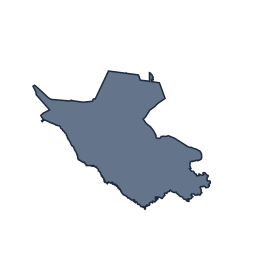 Smiltene, Smiltenes, Latvia (Natural Earth projection), rotated 40°
{"feature_id": "27541924B48400059741255", "entity_name": "Smiltene", "entity_type": "district", "adm_level": 2, "iso_a3": "LVA", "parent_name": "Latvia", "parent_adm1": "Smiltenes", "projection": "natural_earth1", "projection_center": [25.912, 57.423], "detail": "fine", "context": "isolated", "style": "filled", "palette": "slate", "viewbox_px": 256, "rotation_deg": 40, "n_neighbors": 0, "source": "geoboundaries", "source_scale": "gbopen_adm2", "svg_char_len": 6010}
<svg xmlns="http://www.w3.org/2000/svg" viewBox="0 0 256 256"><g transform="rotate(40 128 128)"><path d="M106.1,181.3L106.6,181.5L106.9,181.3L107.5,182.2L108.9,183.1L108.9,183.3L109.3,183.7L109.7,183.9L110.1,183.8L110.6,184.1L111.1,184.0L110.9,183.7L111.2,183.6L112.1,183.7L112.8,183.4L113.7,183.7L114.1,183.3L115.8,183.2L116.1,183.1L116.1,182.8L116.6,182.2L117.4,182.6L117.8,182.9L119.3,182.9L119.2,183.1L120.2,183.6L120.4,183.5L120.4,183.1L121.6,182.6L121.7,182.2L122.7,181.5L123.1,181.0L124.6,180.6L125.4,180.1L125.5,180.0L124.5,179.9L124.7,179.6L125.2,179.5L125.4,179.1L126.6,178.7L126.8,178.8L126.8,179.1L128.3,178.8L128.5,178.2L129.2,178.6L131.8,178.7L132.7,179.5L132.9,179.9L133.6,179.6L134.3,179.7L136.1,180.2L136.5,180.7L138.1,181.1L138.0,181.5L138.3,181.8L139.1,181.4L139.5,181.5L139.2,181.8L139.3,181.9L139.8,181.9L140.1,182.1L140.8,182.2L141.6,182.0L142.6,182.6L142.6,183.1L142.8,183.3L143.5,183.0L143.6,183.3L144.5,183.6L144.3,184.3L145.0,184.3L145.4,184.5L145.7,184.1L146.3,183.9L146.9,183.8L147.3,183.9L147.0,183.5L147.0,183.3L147.9,183.3L148.0,182.4L147.8,181.9L148.6,182.0L149.1,181.5L150.3,181.3L150.2,180.4L151.1,180.4L151.1,180.0L151.3,179.6L151.8,179.6L152.0,180.8L152.5,180.9L152.8,180.7L152.6,180.4L154.3,179.8L154.5,179.4L154.4,179.1L154.6,179.0L155.2,179.6L154.9,179.7L155.1,180.2L155.5,179.9L155.7,179.5L156.5,179.9L156.8,179.0L156.9,178.9L157.4,179.2L157.9,179.9L158.7,179.7L159.0,180.3L159.9,179.9L160.3,180.0L160.4,180.4L160.9,180.7L161.0,180.6L161.1,180.1L161.4,179.9L162.9,180.6L162.9,180.9L163.1,181.0L163.7,180.9L163.9,181.3L165.6,181.9L166.6,181.8L167.2,182.1L167.6,181.9L168.4,181.9L169.8,181.4L172.3,181.4L172.7,181.7L173.7,180.9L174.0,181.2L174.9,181.0L175.6,181.1L176.0,180.8L176.3,181.0L177.0,181.0L178.0,180.2L178.2,179.5L178.7,179.0L179.4,179.0L179.3,179.4L179.4,179.7L179.9,179.7L180.0,179.9L179.5,180.2L179.4,180.5L180.3,180.5L180.7,180.4L181.9,180.4L182.0,180.2L181.5,179.7L181.7,179.4L182.4,179.0L183.5,179.6L184.1,179.7L184.4,180.2L185.0,180.0L186.0,179.1L188.3,179.9L188.7,179.5L189.3,179.5L189.9,179.0L190.5,179.1L190.6,178.9L190.1,178.4L190.2,178.2L192.3,178.8L192.6,179.3L193.3,179.3L193.3,178.7L192.4,177.6L191.7,177.3L192.0,176.9L191.8,176.6L191.9,176.2L192.4,176.2L192.8,175.8L192.1,175.3L192.0,174.9L192.6,174.4L193.6,174.2L194.0,173.4L194.0,172.7L193.0,172.3L192.8,171.1L193.2,170.6L193.5,169.8L193.9,169.6L194.8,169.7L195.0,169.5L194.5,168.8L194.6,168.5L194.4,168.4L194.2,168.2L194.5,167.9L196.1,167.4L196.2,167.2L195.9,165.9L196.4,165.2L196.1,164.9L194.4,164.7L194.2,164.4L194.7,163.9L194.7,163.5L193.7,163.6L193.5,163.3L194.1,163.0L194.2,162.4L194.6,162.2L194.8,162.2L196.0,163.4L196.4,163.4L196.2,162.5L195.5,162.0L195.5,161.4L196.1,161.0L197.0,160.6L199.0,160.4L199.5,159.9L199.5,159.7L199.3,158.7L199.4,157.1L199.2,156.6L199.6,156.1L199.6,155.9L198.6,155.3L198.0,154.7L198.4,153.9L199.7,153.2L199.8,153.0L199.5,152.4L199.6,151.1L199.8,150.6L200.4,150.2L200.6,149.9L200.5,149.5L200.1,148.8L200.2,148.5L200.4,148.4L201.0,148.5L201.9,148.4L202.9,148.4L204.0,148.1L205.4,147.3L206.0,146.3L206.2,146.2L206.9,146.8L209.8,146.7L210.6,146.9L211.3,146.7L212.0,146.9L213.8,145.9L216.4,146.6L218.1,145.7L219.9,146.1L220.8,145.5L221.6,145.4L221.8,144.7L221.6,144.6L219.6,144.4L219.2,144.1L219.5,143.7L220.8,143.2L221.0,142.9L221.3,142.0L221.7,141.5L221.8,141.0L221.4,140.1L221.9,139.0L221.5,138.7L221.1,138.7L219.8,138.9L219.4,138.9L219.2,137.6L221.1,136.0L222.3,136.4L223.1,136.1L223.5,135.4L224.4,134.4L224.2,133.9L225.2,133.7L226.1,133.3L226.4,132.7L226.3,132.3L225.8,131.5L226.2,130.2L225.8,130.2L225.0,129.8L224.8,129.2L223.7,128.2L221.3,127.2L221.3,126.3L223.0,125.1L223.1,124.7L222.8,124.4L223.0,124.1L223.6,123.9L224.2,123.4L224.5,123.3L225.8,123.8L227.0,122.7L227.5,121.9L227.6,120.3L227.5,119.9L226.0,119.6L225.9,119.4L226.5,118.3L226.5,117.6L226.2,116.9L225.3,116.0L224.5,116.1L223.3,117.2L222.7,117.3L222.1,117.1L221.8,116.5L220.6,115.6L220.3,115.1L220.6,114.6L220.6,113.7L220.1,112.9L219.7,112.9L218.7,113.2L217.5,113.2L215.8,112.8L214.5,113.6L214.3,113.9L214.6,114.7L216.0,115.0L216.0,115.5L215.2,116.4L214.0,117.1L212.0,117.5L211.9,117.8L212.9,118.8L211.5,120.5L211.0,120.4L210.4,119.6L209.9,119.5L209.4,119.6L208.8,120.0L207.7,119.8L207.0,119.3L205.8,119.3L205.2,119.6L204.3,120.3L201.4,119.7L202.2,118.6L200.5,117.7L199.1,116.5L197.7,114.2L197.6,113.7L197.8,113.2L198.6,112.2L199.0,112.2L199.1,111.8L199.4,111.1L200.4,110.4L201.1,108.7L201.3,108.5L202.5,108.3L202.7,108.0L202.8,107.1L203.2,106.9L203.6,106.4L203.8,105.1L204.1,104.6L203.3,103.0L201.1,100.8L199.3,99.9L198.8,99.9L198.5,99.6L197.6,99.4L196.9,99.8L195.2,100.0L193.1,100.6L191.3,101.5L188.7,102.2L188.3,102.5L188.2,102.9L188.0,103.1L186.5,103.7L185.1,104.0L185.1,103.9L170.2,105.9L163.8,108.0L162.6,110.0L160.7,111.3L158.9,113.1L159.1,114.8L158.7,115.8L156.5,117.2L154.8,116.7L154.1,115.5L153.3,115.7L152.5,114.9L149.0,113.6L144.8,112.7L138.6,112.8L133.9,111.4L134.3,108.4L133.2,100.4L134.7,94.3L135.0,90.2L137.4,81.5L123.0,73.2L116.4,77.2L115.7,76.5L115.4,76.1L115.5,75.9L116.3,75.2L116.4,74.8L116.3,74.7L115.1,74.9L115.2,73.9L115.1,73.4L114.8,73.1L112.5,72.0L110.6,71.8L110.0,71.5L108.9,71.9L114.6,78.5L113.7,78.8L106.6,83.5L103.6,81.5L101.7,80.7L91.9,87.0L91.4,86.9L91.3,87.0L91.6,87.2L76.4,96.9L84.1,126.3L84.2,126.8L83.1,127.6L82.8,128.4L83.6,130.3L77.2,137.0L68.2,142.6L66.7,143.2L67.0,143.6L65.4,145.2L50.7,155.5L48.3,156.0L46.9,156.0L37.6,155.5L29.7,155.2L28.8,155.4L28.4,157.1L33.9,159.4L35.5,160.7L36.3,161.5L56.3,164.5L53.5,171.2L53.1,174.4L55.1,175.2L57.6,175.7L57.2,178.1L58.2,178.3L58.5,178.1L58.3,177.3L58.3,176.6L58.8,175.9L59.7,175.2L66.6,173.3L69.4,172.2L70.5,171.9L70.9,172.2L73.7,170.7L74.7,170.5L75.7,170.8L76.8,171.5L77.6,171.3L78.8,171.3L79.6,171.8L80.3,171.9L81.5,171.8L82.7,172.3L84.1,172.2L85.0,172.5L85.4,173.1L86.5,173.2L87.1,174.0L88.5,174.4L88.7,174.7L89.1,174.5L89.7,175.2L90.3,175.1L93.1,176.1L94.5,176.9L96.1,177.6L96.3,177.4L98.4,177.5L100.6,178.8L103.6,179.8L105.8,181.0L106.1,181.3Z" fill="#64748b" stroke="#1e293b" stroke-width="1.5"/></g></svg>